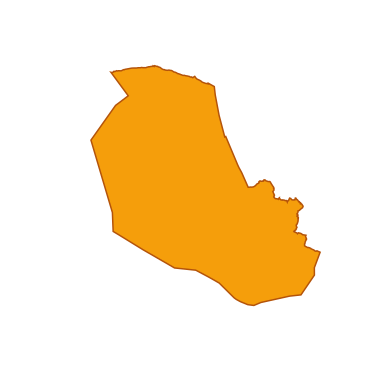 Concepción del Oro, Zacatecas, Mexico (Albers equal-area conic projection), rotated 149°
{"feature_id": "50627088B49626768055823", "entity_name": "Concepción del Oro", "entity_type": "district", "adm_level": 2, "iso_a3": "MEX", "parent_name": "Mexico", "parent_adm1": "Zacatecas", "projection": "albers", "projection_center": [-101.393, 24.45], "detail": "fine", "context": "isolated", "style": "filled", "palette": "amber", "viewbox_px": 384, "rotation_deg": 149, "n_neighbors": 0, "source": "geoboundaries", "source_scale": "gbopen_adm2", "svg_char_len": 5735}
<svg xmlns="http://www.w3.org/2000/svg" viewBox="0 0 384 384"><g transform="rotate(149 192 192)"><path d="M113.2,74.4L114.1,75.7L114.3,75.8L114.9,76.9L115.4,77.3L116.0,77.3L116.6,77.7L117.2,78.7L117.2,79.0L117.6,79.8L118.2,80.6L119.1,81.9L119.2,82.0L119.2,82.4L119.9,83.5L120.8,84.5L121.6,84.9L121.9,85.6L122.7,86.8L123.2,87.9L122.8,88.4L122.7,88.8L122.5,89.0L122.3,89.5L121.9,89.6L121.8,89.8L121.4,90.0L121.2,90.3L120.7,90.9L120.5,91.1L119.8,91.5L119.3,92.0L118.8,92.1L118.8,92.3L118.7,92.3L118.6,92.5L118.5,92.4L118.3,92.4L118.1,92.8L117.8,93.3L117.8,93.7L117.8,93.9L117.8,94.4L117.6,95.0L117.4,95.9L116.9,96.3L116.8,96.1L116.6,96.2L118.5,97.9L118.8,98.0L119.2,98.5L119.3,99.0L119.6,99.4L119.8,100.1L120.0,100.3L120.4,100.8L120.5,100.9L120.7,101.2L121.2,101.5L121.8,102.2L122.1,102.2L122.3,102.1L123.1,101.9L123.1,102.3L123.3,103.0L123.9,103.8L125.0,105.5L124.7,105.6L124.6,105.8L124.2,106.1L123.8,105.8L123.4,105.9L123.0,106.2L122.4,106.1L122.1,106.3L121.8,106.7L121.5,106.7L121.3,107.2L121.1,107.2L120.7,107.5L120.4,107.5L120.2,107.7L120.2,108.5L120.2,108.9L120.1,109.1L119.9,109.4L119.8,109.8L119.5,109.9L119.1,110.4L118.7,110.3L118.2,110.5L117.8,110.8L117.6,111.1L117.3,111.3L117.0,111.8L116.5,111.9L115.9,112.9L115.5,113.2L115.5,113.5L115.4,113.6L115.2,113.8L114.7,114.3L114.5,114.6L114.8,114.6L114.8,114.9L114.4,115.4L114.0,115.6L113.9,115.8L114.0,116.1L114.5,116.9L114.5,117.3L114.4,117.3L113.3,117.4L113.1,117.5L113.0,118.2L113.2,118.6L113.4,118.7L113.4,119.1L113.3,119.3L112.5,119.4L112.1,119.8L111.9,119.9L111.6,120.1L111.3,120.5L111.2,120.8L110.9,121.2L110.7,121.2L110.4,121.0L109.2,120.9L109.0,121.1L108.7,121.2L105.3,121.6L104.3,122.4L104.1,122.6L104.1,123.6L104.2,123.9L104.1,124.5L104.2,125.2L104.4,125.5L104.6,125.6L104.4,125.8L104.5,126.6L104.9,126.6L104.7,126.9L104.7,127.1L104.8,127.2L104.8,127.5L105.0,127.9L105.2,128.0L105.1,128.3L105.3,128.3L105.5,128.7L105.5,128.9L105.5,129.1L105.6,130.5L105.8,131.3L106.2,131.7L106.1,132.1L106.2,132.5L106.1,132.8L106.1,133.3L106.3,133.5L106.6,133.6L106.9,133.2L107.4,132.8L107.7,132.7L108.0,132.3L108.4,132.7L109.4,133.0L110.2,133.7L110.5,134.1L110.7,134.4L110.6,135.2L110.7,135.4L110.7,135.7L111.5,136.5L112.5,135.8L112.8,135.5L113.1,135.3L113.4,135.3L113.7,135.0L114.0,135.0L114.5,135.1L114.5,134.9L114.9,134.7L115.2,134.7L115.5,134.4L115.4,135.2L115.3,135.7L115.5,136.1L116.1,136.3L116.7,136.7L116.7,137.0L117.2,137.6L117.6,137.8L118.0,138.3L118.2,138.5L118.6,138.4L119.1,138.9L119.6,139.2L119.8,139.5L120.0,139.8L120.0,140.1L120.0,140.3L120.2,140.6L120.2,140.8L120.4,140.9L120.3,141.1L120.5,141.4L120.5,141.6L120.4,141.7L120.1,142.1L120.3,142.1L120.7,141.7L121.1,141.7L121.6,141.5L121.8,141.3L122.0,141.6L121.9,141.6L122.1,141.8L122.4,142.2L123.1,142.8L123.5,142.9L124.2,143.8L124.2,144.3L124.5,145.0L124.5,145.3L124.3,145.5L124.3,145.8L123.9,145.9L123.8,146.2L123.6,146.4L123.5,146.6L123.2,146.7L123.2,146.9L123.0,147.1L122.9,147.1L122.9,147.3L123.1,147.5L122.8,148.3L122.7,148.5L122.8,149.0L122.7,149.3L122.6,150.1L122.4,150.4L122.5,150.7L122.1,150.9L121.8,151.0L121.6,151.1L121.0,151.3L120.8,151.4L120.7,151.7L120.1,152.4L120.3,152.6L120.3,152.9L120.0,153.4L119.9,153.4L119.7,153.5L119.6,153.8L119.6,154.3L119.7,155.0L119.8,159.0L119.7,160.2L120.0,161.0L120.9,161.4L121.2,161.7L121.5,161.9L122.0,162.6L122.5,163.0L123.0,163.8L123.1,164.2L123.0,164.4L123.1,164.6L123.5,164.9L123.9,165.3L124.1,165.2L124.3,165.2L124.8,165.1L124.9,164.6L125.0,164.6L125.3,164.8L125.7,164.7L125.8,164.8L125.9,165.0L126.3,165.1L126.6,165.2L127.0,165.5L127.5,165.8L127.6,166.1L127.9,166.4L128.0,166.5L128.3,166.5L129.1,166.4L129.4,166.3L129.6,165.7L129.9,165.6L129.9,165.4L130.3,165.3L130.5,165.3L131.1,165.3L131.4,165.3L131.5,165.4L131.8,165.5L133.1,165.2L134.1,164.8L134.8,164.7L135.2,164.8L135.9,164.7L136.5,164.7L138.1,165.3L138.5,165.6L138.9,165.7L139.2,166.1L139.8,166.3L141.4,167.1L141.2,168.9L139.5,182.4L139.4,183.7L139.2,188.8L138.9,191.7L134.5,222.2L135.6,222.3L129.3,243.8L122.1,263.2L118.6,270.9L122.0,276.8L122.3,276.2L123.4,277.3L124.3,278.0L126.2,280.3L126.9,281.4L127.1,282.3L127.3,282.7L128.2,284.3L129.4,286.0L129.7,286.7L129.9,287.5L130.1,289.7L131.2,289.7L132.2,289.5L132.5,289.6L132.7,289.9L132.9,290.6L133.0,290.8L133.6,290.9L133.9,291.2L134.3,291.6L134.9,292.6L135.3,292.9L136.4,294.0L137.1,294.5L137.7,295.1L138.2,295.6L138.5,296.0L138.8,296.2L139.5,296.4L139.9,296.8L140.5,297.7L141.1,298.3L141.4,298.9L142.0,299.4L142.3,300.0L142.5,300.3L143.1,300.6L143.3,301.0L144.3,302.8L145.1,303.7L145.7,304.2L146.6,306.1L147.2,306.9L147.7,307.3L148.1,307.4L148.4,307.7L148.9,308.4L149.9,308.7L150.0,308.7L150.2,308.8L150.6,309.2L150.9,309.3L151.6,309.9L152.2,310.3L152.4,310.9L153.6,311.8L154.4,313.1L155.0,314.7L155.3,315.4L156.0,316.1L156.3,316.4L156.6,316.7L156.6,317.0L156.7,317.3L157.4,317.9L157.9,318.1L158.4,318.9L158.8,319.2L158.9,319.5L159.7,319.6L159.8,319.4L160.0,319.8L160.4,319.8L160.5,320.1L160.8,319.8L161.2,320.1L162.4,320.7L164.1,321.3L164.3,321.5L164.5,321.6L165.6,321.9L166.4,322.2L166.7,322.1L167.6,322.4L168.4,322.8L169.0,323.3L169.9,323.7L170.3,324.1L171.4,324.9L172.1,325.0L173.7,326.0L174.8,326.5L175.6,326.8L179.2,328.9L180.5,329.5L183.0,330.4L185.9,331.5L186.5,331.7L187.2,331.7L187.6,332.1L188.2,332.2L188.5,332.2L190.0,332.3L190.7,332.6L192.7,333.9L193.0,333.9L193.8,334.3L194.0,334.7L195.1,334.9L195.5,334.9L196.1,334.9L196.5,335.2L196.6,335.6L197.0,335.7L197.6,335.4L197.8,335.3L198.4,335.4L198.6,335.6L199.3,335.8L199.8,336.3L197.1,307.3L212.9,305.6L251.9,288.5L270.8,215.4L279.9,198.8L276.8,193.0L263.8,167.9L246.1,135.9L229.1,123.1L221.8,111.0L215.6,100.0L210.4,79.6L209.4,77.2L207.0,73.1L202.2,66.7L197.4,62.9L189.8,61.8L162.0,52.5L151.6,47.7L129.9,57.7L126.1,64.1L113.2,74.4Z" fill="#f59e0b" stroke="#b45309" stroke-width="1.5"/></g></svg>